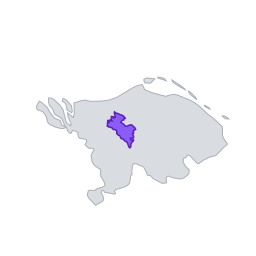 where Utrecht sits in Netherlands, rotated 45°
{"feature_id": "NLD-3484", "entity_name": "Utrecht", "entity_type": "Province", "adm_level": 1, "iso_a3": "NLD", "parent_name": "Netherlands", "parent_adm1": "", "projection": "robinson", "projection_center": [5.188, 52.113], "detail": "fine", "context": "in_parent", "style": "filled", "palette": "violet", "viewbox_px": 256, "rotation_deg": 45, "n_neighbors": 0, "source": "natural_earth", "source_scale": "10m", "svg_char_len": 4941}
<svg xmlns="http://www.w3.org/2000/svg" viewBox="0 0 256 256"><g transform="rotate(45 128 128)"><path d="M159.6,205.6L155.3,205.5L151.2,205.4L149.0,205.1L146.7,204.3L145.6,202.6L144.4,200.6L144.7,199.3L148.5,195.8L149.1,194.8L148.7,194.3L149.1,192.7L152.0,187.4L152.4,185.3L151.1,183.9L149.2,183.0L143.0,181.4L140.1,179.2L138.7,177.3L137.3,176.7L135.3,177.4L130.2,178.1L126.1,177.1L121.2,173.4L120.1,170.2L119.5,167.7L118.2,166.8L116.6,168.1L114.5,170.1L110.4,170.3L109.2,169.9L109.0,168.8L108.8,167.7L107.7,166.3L106.5,165.6L101.3,169.4L99.3,169.3L96.9,167.9L95.7,166.5L93.0,167.3L90.6,169.0L91.4,172.3L90.1,172.9L87.1,172.6L83.8,171.3L80.1,170.4L74.4,168.2L66.5,170.0L61.0,167.8L56.5,167.6L53.6,165.9L50.6,162.9L52.8,161.0L54.9,160.3L63.2,159.9L69.3,161.1L80.2,167.5L82.9,167.5L85.9,166.7L84.4,164.9L81.7,164.1L77.6,162.4L74.4,160.0L82.0,159.2L81.0,157.9L80.0,155.8L72.0,148.4L73.4,146.4L75.4,142.0L78.0,138.5L80.0,137.5L83.3,135.0L90.4,127.5L95.0,121.5L98.4,114.3L103.4,94.4L104.8,91.1L107.2,87.3L110.2,88.0L112.3,89.1L119.6,86.3L132.2,79.0L135.8,72.6L139.5,69.7L153.9,63.9L161.8,62.2L174.1,61.8L182.9,60.7L193.6,60.4L197.6,63.9L200.0,66.5L203.8,68.0L209.7,68.9L209.4,74.1L209.6,84.2L209.2,86.0L206.6,90.3L203.9,97.9L203.2,103.0L202.3,104.0L191.1,103.9L189.5,104.8L189.3,105.9L189.9,107.2L189.6,108.5L188.8,109.5L189.3,111.2L191.2,113.1L194.8,114.3L198.6,114.4L200.5,114.2L202.0,115.5L203.4,117.6L203.3,120.3L202.8,123.8L201.1,127.1L195.9,130.8L193.6,132.1L191.4,132.8L190.4,133.8L189.9,135.1L190.0,136.2L193.8,139.2L193.7,139.9L192.6,141.5L191.2,143.0L181.7,146.0L177.7,145.8L175.5,147.3L174.8,147.6L172.3,146.2L166.7,144.6L164.6,145.1L163.4,146.0L159.9,147.1L157.4,148.8L157.4,151.0L161.9,156.6L163.5,157.7L163.6,159.8L165.7,162.4L168.0,165.7L168.2,167.8L168.0,170.0L166.8,173.0L163.0,180.0L163.0,181.4L163.3,182.4L164.6,182.7L165.6,183.2L165.4,184.2L158.1,189.1L157.2,189.9L154.2,189.7L153.7,190.5L154.1,191.8L155.3,193.0L157.9,193.6L160.1,194.8L161.9,197.2L159.6,205.6ZM83.8,171.3L83.1,173.3L81.5,175.5L75.8,178.8L69.8,180.9L66.8,180.6L64.7,179.5L63.6,178.4L60.4,177.2L56.1,176.7L53.4,177.9L51.4,179.0L49.7,178.8L48.5,177.9L47.5,176.4L46.3,171.7L49.5,170.9L56.5,170.6L62.0,172.2L69.1,173.0L74.6,170.7L78.9,172.6L83.8,171.3ZM72.1,152.2L76.2,155.1L77.1,156.1L77.4,157.1L72.1,158.3L66.5,154.7L62.8,155.5L61.4,153.8L61.4,152.7L65.2,151.8L72.1,152.2ZM112.2,80.4L108.0,84.2L105.5,83.1L104.7,82.2L106.0,79.2L112.2,74.3L112.2,80.4ZM130.8,63.4L126.8,63.8L125.1,63.0L134.5,60.9L140.5,60.2L141.6,60.5L130.8,63.4ZM156.2,59.4L147.9,60.3L145.1,59.6L144.6,59.0L146.9,58.6L153.9,58.5L156.1,59.1L156.2,59.4ZM121.6,67.6L113.8,71.5L113.1,70.9L118.2,67.4L121.6,67.6ZM190.1,52.7L186.2,52.9L187.3,51.5L190.9,50.4L192.8,50.4L190.1,52.7ZM173.2,56.6L167.3,58.4L165.9,58.1L166.2,57.5L171.4,56.4L173.2,56.6Z" fill="#d9dde1" stroke="#a8b0b8" stroke-width="1"/><path d="M134.4,123.7L134.1,124.8L133.9,125.7L133.8,126.3L134.1,126.6L135.6,127.6L135.5,128.1L135.4,128.3L135.1,128.5L135.3,129.0L136.3,129.3L137.2,129.5L137.4,129.6L137.8,130.1L138.0,130.2L138.3,130.4L138.7,130.7L138.8,130.8L138.8,131.0L138.6,131.3L138.6,131.7L138.6,131.9L138.6,132.0L138.1,132.0L137.8,132.5L137.6,133.1L137.4,133.3L137.2,133.5L136.9,133.7L137.0,133.8L138.2,134.4L138.6,134.3L139.1,134.0L139.4,133.9L139.6,133.9L139.7,133.7L139.9,133.4L140.0,133.2L139.8,132.6L140.5,132.5L140.9,133.6L140.9,133.9L141.0,134.2L140.9,135.5L141.3,137.1L141.9,137.9L142.7,138.6L143.0,139.1L143.2,139.3L143.3,139.6L143.4,139.8L143.3,140.7L143.2,140.9L141.8,140.7L138.5,139.1L136.6,138.8L136.1,138.9L135.3,139.4L134.9,139.5L134.4,139.5L133.3,139.2L132.3,139.4L131.1,140.1L130.2,140.3L127.8,139.3L127.2,139.4L126.4,139.8L125.4,140.0L124.7,139.9L124.3,139.9L123.5,139.5L123.1,139.2L122.5,138.4L122.0,138.0L121.4,137.9L121.0,138.1L120.6,138.3L119.7,138.5L119.3,138.8L118.7,139.4L118.2,139.5L116.5,139.2L116.4,139.3L115.0,139.9L113.8,140.9L113.4,141.0L112.4,141.0L112.1,141.3L111.2,140.2L109.8,138.8L109.5,138.3L109.6,138.2L109.9,138.1L110.2,138.0L110.7,137.7L110.5,137.1L108.6,137.3L108.4,136.9L109.8,135.3L111.4,134.7L111.7,134.3L109.8,134.3L109.3,132.3L108.6,132.1L108.1,131.7L108.3,131.5L109.3,130.6L109.5,130.6L109.8,130.5L110.1,130.7L110.3,130.7L111.0,131.0L111.1,130.9L111.2,130.7L110.9,129.9L110.7,129.3L111.1,129.1L109.0,127.7L108.1,127.4L107.9,127.2L107.6,127.0L107.1,126.2L109.1,125.8L109.9,125.4L110.6,124.9L111.5,124.5L113.2,124.3L113.8,123.5L113.9,123.4L114.1,123.3L114.5,123.3L115.3,123.2L116.4,122.7L116.7,122.7L117.0,122.8L117.4,123.2L118.0,122.9L119.8,123.1L118.5,123.5L118.3,123.7L118.4,124.0L118.5,124.1L118.5,124.3L118.7,124.5L118.8,124.6L119.0,124.8L119.2,125.0L119.4,125.3L118.7,126.0L118.4,127.1L118.7,127.9L118.9,129.1L120.0,128.9L120.7,128.6L122.4,128.4L124.7,128.5L125.6,128.0L125.9,127.5L126.2,127.0L126.4,126.6L126.5,125.9L127.4,124.3L128.2,123.3L128.4,123.2L128.7,123.1L131.1,123.1L132.5,122.9L134.3,123.7L134.4,123.7Z" fill="#8b5cf6" stroke="#5b21b6" stroke-width="1.5"/></g></svg>